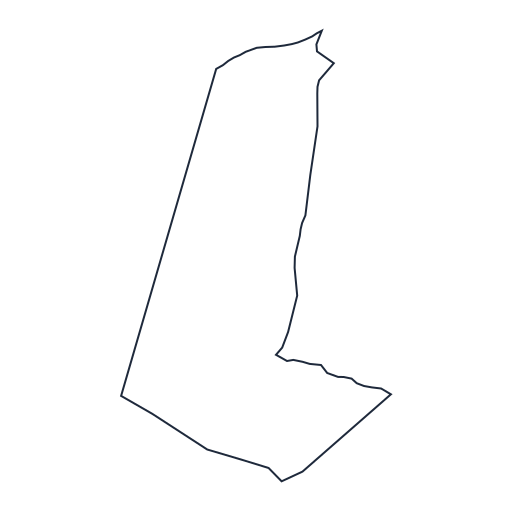 outline of Caiçara do Norte, Rio Grande do Norte, Brazil
{"feature_id": "56859067B38077643015852", "entity_name": "Caiçara do Norte", "entity_type": "district", "adm_level": 2, "iso_a3": "BRA", "parent_name": "Brazil", "parent_adm1": "Rio Grande do Norte", "projection": "albers", "projection_center": [-36.055, -5.18], "detail": "fine", "context": "isolated", "style": "outline", "palette": "slate", "viewbox_px": 512, "rotation_deg": 0, "n_neighbors": 0, "source": "geoboundaries", "source_scale": "gbopen_adm2", "svg_char_len": 789}
<svg xmlns="http://www.w3.org/2000/svg" viewBox="0 0 512 512"><path d="M390.9,394.3L381.1,388.5L371.9,387.4L364.0,386.0L356.7,383.2L351.6,378.6L343.7,377.0L338.0,376.9L327.2,373.0L321.0,365.0L309.7,363.9L302.6,361.8L293.3,359.9L287.0,361.0L281.9,358.1L276.0,354.8L282.2,347.6L288.1,332.0L297.2,295.6L294.6,267.9L294.9,256.6L299.8,235.9L300.6,229.3L302.1,223.0L305.4,215.4L310.3,175.0L317.5,126.4L317.3,93.3L317.5,86.8L319.1,80.3L333.8,63.2L317.0,51.4L316.4,44.4L321.8,30.7L316.8,33.3L312.2,36.4L305.2,39.6L297.8,42.5L291.8,44.1L284.2,45.5L274.8,46.7L265.4,47.0L256.7,47.8L245.7,51.8L239.7,55.2L234.0,57.5L228.3,60.9L223.0,65.1L216.2,68.9L121.1,395.9L152.4,413.9L207.2,449.5L242.6,460.0L268.6,468.0L281.6,481.3L302.5,471.6L390.9,394.3Z" fill="none" stroke="#1e293b" stroke-width="2"/></svg>